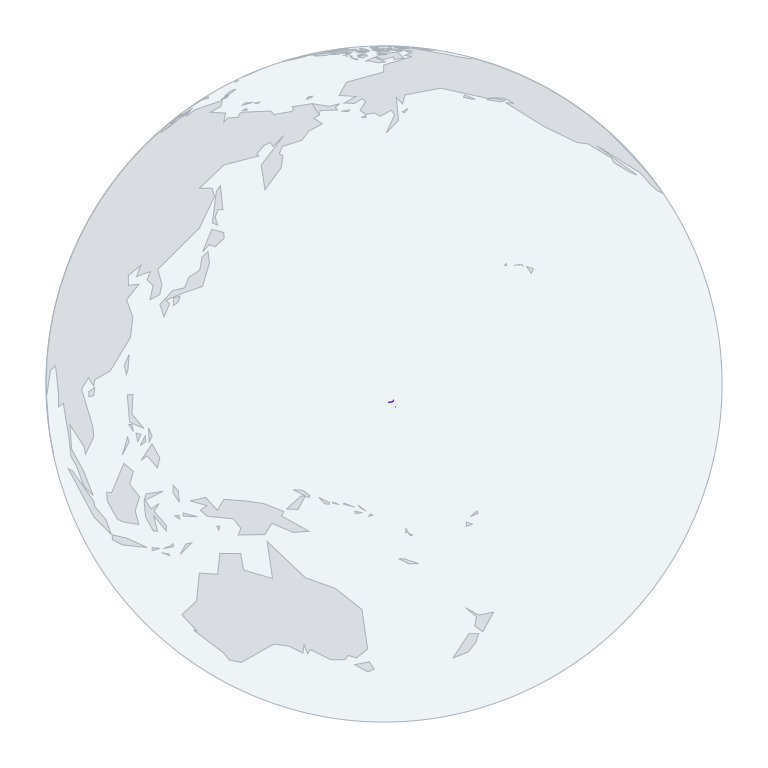 the Earth from above Ratak Chain, rotated 342°
{"feature_id": "MHL-4969", "entity_name": "Ratak Chain", "entity_type": "state/province", "adm_level": 1, "iso_a3": "MHL", "parent_name": "Marshall Islands", "parent_adm1": "", "projection": "orthographic", "projection_center": [171.288, 10.331], "detail": "fine", "context": "on_globe", "style": "filled", "palette": "violet", "viewbox_px": 768, "rotation_deg": 342, "n_neighbors": 0, "source": "natural_earth", "source_scale": "10m", "svg_char_len": 9375}
<svg xmlns="http://www.w3.org/2000/svg" viewBox="0 0 768 768"><g transform="rotate(342 384 384)"><circle cx="384" cy="384" r="338" fill="#eef3f6" stroke="#a8b0b8"/><path d="M433.2,533.6L433.5,535.9L433.1,536.1L433.2,533.6ZM708.3,289.1L703.7,284.5L699.4,277.3L693.0,262.4L660.0,223.1L689.2,263.5L682.5,257.7L671.0,244.4L670.1,239.2L652.5,218.9L642.0,213.8L616.2,189.0L586.5,153.9L594.4,157.2L586.3,149.4L576.0,145.3L571.2,144.7L529.5,120.2L493.2,115.6L488.3,123.4L484.2,115.4L479.3,137.7L463.8,145.9L477.3,131.3L475.6,125.9L463.1,128.2L458.6,123.3L450.0,122.0L445.8,116.4L454.0,109.5L451.4,106.0L442.7,108.0L433.0,104.5L446.2,101.9L430.6,95.7L441.5,85.4L480.1,87.2L482.3,80.6L511.9,81.2L505.3,78.0L512.4,77.6L507.4,74.1L514.3,76.3L504.4,71.8L499.0,70.6L492.8,68.5L489.4,66.7L497.6,68.7L500.5,69.9L501.2,69.6L506.7,71.6L502.0,69.6L512.4,72.9L497.2,67.1L501.3,67.7L509.5,70.7L515.0,73.6L547.8,91.2L557.9,97.0L566.5,101.2L569.0,101.2L590.4,116.4L610.5,133.2L629.2,151.5L646.5,171.2L662.2,192.2L676.3,214.4L676.4,214.8L684.0,229.9L696.3,256.3L703.5,273.9L703.2,273.1L708.3,289.1ZM558.2,324.3L556.0,316.6L561.7,320.4L558.2,324.3ZM551.6,312.7L553.0,315.1L551.3,313.3L551.6,312.7ZM548.4,311.9L550.7,312.5L548.2,312.6L548.4,311.9ZM544.2,311.8L546.4,311.5L546.2,311.8L544.2,311.8ZM537.2,309.2L535.4,308.3L537.3,307.2L537.2,309.2ZM569.7,145.4L576.3,145.8L587.2,151.8L582.3,151.8L569.7,145.4ZM548.2,135.8L550.0,134.0L558.8,141.3L555.1,140.0L548.2,135.8ZM485.7,130.8L491.9,129.4L487.5,132.5L485.7,130.8ZM449.5,122.9L449.2,125.0L444.9,123.5L449.5,122.9ZM534.5,81.5L532.8,80.6L535.8,82.1L534.5,81.5ZM531.3,80.1L536.0,82.4L535.2,82.1L532.3,80.7L531.3,80.1ZM434.4,113.9L427.6,111.4L436.0,112.6L434.4,113.9ZM525.8,77.3L533.1,81.4L531.5,81.0L519.4,75.4L525.8,77.3ZM424.5,109.1L407.8,104.2L405.6,108.1L402.4,95.2L417.7,103.1L428.4,103.7L423.1,105.8L424.5,109.1ZM498.8,71.1L504.3,72.3L502.9,73.2L498.8,71.1ZM499.4,72.4L503.7,80.2L493.7,78.3L494.3,75.7L484.0,75.4L477.0,70.5L481.1,69.6L488.9,71.6L480.3,68.4L499.4,72.4ZM403.2,89.4L400.4,87.6L405.0,88.3L403.2,89.4ZM490.3,67.8L492.0,69.2L483.5,67.6L478.5,64.4L482.8,65.9L490.3,67.8ZM484.7,78.0L477.5,76.7L469.9,72.2L466.1,71.2L476.0,70.3L484.7,78.0ZM483.0,65.4L476.1,63.0L477.0,62.3L488.0,66.3L483.0,65.4ZM483.5,68.6L479.2,67.8L479.9,67.1L483.5,68.6ZM476.2,59.5L478.5,60.6L474.3,59.7L476.2,59.5ZM473.5,62.2L473.2,62.5L471.8,62.5L467.6,60.9L473.5,62.2ZM470.0,67.5L468.3,66.2L465.5,67.6L459.7,64.8L467.4,64.9L461.6,63.7L459.8,63.0L468.1,64.0L470.0,67.5ZM459.0,59.4L466.8,59.5L463.5,57.3L467.2,57.9L471.9,61.4L459.0,59.4ZM463.6,61.9L461.6,60.4L467.2,61.5L472.0,63.3L463.6,61.9ZM453.0,63.2L459.9,67.3L458.0,67.2L453.0,63.2ZM457.0,58.4L455.2,58.5L456.1,58.1L457.0,58.4ZM453.0,61.3L455.7,62.6L453.4,62.4L453.0,61.3ZM449.2,57.8L451.7,57.7L455.1,58.7L449.2,57.8ZM450.0,59.2L446.3,58.7L454.8,59.1L451.6,59.7L450.0,59.2ZM450.4,60.9L449.9,61.3L449.6,60.4L450.4,60.9ZM435.1,54.4L444.9,54.8L452.4,56.9L441.7,56.1L435.1,54.4ZM275.9,63.8L276.0,63.8L267.5,67.0L270.0,66.2L275.1,64.5L261.0,70.6L263.5,69.8L269.1,67.4L277.7,64.7L287.4,62.5L281.9,64.7L277.7,65.7L260.7,71.9L250.3,75.3L249.1,76.1L256.9,73.8L277.6,66.1L284.9,64.3L275.2,67.7L279.3,66.3L281.3,66.2L278.2,68.4L288.9,64.8L317.8,64.3L314.6,69.7L302.7,71.9L317.2,77.4L312.5,85.4L317.7,82.8L328.1,85.2L329.7,82.6L332.9,81.7L360.4,89.3L362.7,93.7L380.3,96.3L383.0,95.3L382.3,92.0L402.4,95.2L405.6,108.1L399.5,109.5L405.7,117.5L390.7,120.2L381.2,126.8L361.1,126.6L355.3,132.8L358.5,135.4L353.0,146.6L330.8,162.5L334.9,137.9L365.5,116.7L351.8,123.8L350.8,119.1L343.4,120.1L334.0,126.0L335.5,128.4L299.5,126.2L268.9,140.8L281.0,144.7L280.8,153.3L256.6,178.7L204.3,205.0L203.5,221.1L198.3,229.7L187.5,231.7L194.8,219.0L190.9,211.6L196.7,204.8L181.8,205.4L189.5,195.8L174.2,202.0L171.5,211.2L181.8,213.4L165.2,224.3L165.8,242.9L157.2,261.4L127.6,287.0L110.2,290.5L107.3,296.1L104.9,286.8L94.8,295.4L93.9,334.5L91.6,344.6L78.5,358.5L79.4,350.8L72.8,325.9L66.7,349.0L71.4,374.3L72.9,400.1L67.0,388.8L66.1,366.0L63.9,356.5L68.1,335.9L73.1,303.1L67.4,305.2L71.3,293.1L77.3,265.2L71.1,267.8L59.1,291.9L51.7,322.7L51.3,324.7L56.4,301.1L63.1,278.0L71.5,255.5L81.4,233.5L92.9,212.4L105.9,192.1L120.2,172.8L135.9,154.6L152.9,137.5L171.0,121.7L190.2,107.2L210.4,94.1L231.5,82.4L253.4,72.4L275.9,63.8ZM502.9,67.7L506.2,69.0L503.9,68.2L499.2,66.5L502.9,67.7ZM517.5,73.6L520.2,74.8L514.4,72.2L517.5,73.6ZM500.8,66.9L498.0,65.9L491.9,64.3L495.6,67.3L486.0,64.7L478.2,62.1L475.9,61.0L482.8,62.8L474.7,60.1L483.0,62.0L477.6,60.1L484.5,61.4L500.8,66.9ZM451.2,52.8L448.6,52.4L454.3,54.0L451.5,53.8L446.7,52.6L447.2,53.4L436.2,51.2L433.9,51.2L420.7,49.5L412.7,47.9L410.7,48.2L400.6,47.6L393.0,46.7L402.1,47.1L387.1,46.2L395.3,46.3L393.1,46.2L394.6,46.2L423.0,48.3L451.2,52.8ZM431.3,53.8L419.8,50.8L418.7,49.6L442.1,53.1L445.7,53.4L460.7,56.7L462.0,58.5L457.6,57.3L453.7,56.6L454.8,56.3L450.9,56.1L444.7,54.7L440.0,54.3L437.6,53.2L431.3,53.8ZM361.0,46.9L364.1,46.7L358.7,47.1L351.4,47.7L351.1,47.7L361.0,46.9ZM349.5,47.8L350.1,47.8L344.8,48.4L345.1,48.3L349.5,47.8ZM355.2,47.5L349.6,48.1L359.0,47.1L355.2,47.5ZM120.3,475.7L127.1,479.5L127.1,481.0L120.3,475.7ZM112.9,468.0L120.2,471.1L112.1,470.9L112.9,468.0ZM123.2,472.3L130.7,472.0L133.9,470.7L133.7,473.7L123.2,472.3ZM108.2,466.3L85.6,456.2L77.7,448.2L78.8,443.4L91.7,451.1L108.2,466.3ZM78.2,442.9L67.1,421.1L57.6,366.9L60.9,370.4L71.9,406.6L71.0,411.0L77.7,427.2L78.2,442.9ZM108.2,427.6L107.4,441.8L94.2,435.1L88.7,430.3L84.7,409.7L86.9,401.1L91.2,403.4L112.1,379.1L118.5,389.7L111.1,400.8L116.7,415.8L108.2,427.6ZM51.1,326.1L48.2,346.8L48.0,348.4L51.1,326.1ZM123.7,360.1L113.1,370.8L123.7,355.2L123.7,360.1ZM131.8,344.6L130.9,351.8L128.7,343.7L131.8,344.6ZM104.2,305.4L99.4,304.9L100.8,300.0L107.8,297.9L104.2,305.4ZM150.7,277.3L145.0,291.1L142.0,295.3L142.7,286.0L150.7,277.3ZM305.7,57.8L299.8,57.6L291.9,59.2L281.9,62.1L293.5,58.5L305.6,56.0L305.7,57.8ZM316.8,62.9L325.6,61.3L323.6,62.8L321.3,63.4L316.8,62.9ZM320.8,61.3L328.1,58.0L334.3,57.8L327.3,60.3L320.8,61.3ZM336.6,51.1L335.2,50.8L339.6,50.1L336.6,51.1ZM387.6,647.7L397.0,650.6L391.6,658.0L381.2,664.9L365.2,665.8L387.6,647.7ZM279.6,652.8L269.5,641.9L284.2,643.7L286.3,652.2L279.6,652.8ZM395.5,642.2L400.0,633.9L392.4,622.0L403.0,633.2L417.6,634.8L401.4,650.2L395.5,642.2ZM198.9,597.3L162.3,604.7L151.6,598.7L148.4,590.2L126.8,559.2L129.8,560.8L120.5,541.1L138.7,532.3L150.0,506.8L167.0,513.6L175.6,494.4L195.3,501.0L193.1,517.5L217.9,534.6L224.2,497.7L249.4,544.0L274.3,563.2L293.3,591.6L286.6,630.9L273.2,636.0L266.0,631.1L261.7,634.2L248.3,629.8L231.8,613.7L227.9,616.7L227.5,607.0L223.8,614.7L212.7,604.0L198.9,597.3ZM343.9,554.7L349.4,556.6L361.3,565.4L352.2,562.8L343.9,554.7ZM419.9,540.8L424.6,544.7L418.1,544.9L419.9,540.8ZM433.1,536.1L425.2,536.8L433.2,533.6L433.1,536.1ZM360.9,533.2L364.5,536.2L362.7,536.9L360.9,533.2ZM358.5,532.0L360.2,528.1L361.2,532.4L358.5,532.0ZM328.7,505.1L331.1,503.3L332.7,505.3L328.7,505.1ZM137.5,483.1L146.2,474.9L152.0,475.7L137.5,483.1ZM323.7,499.7L316.7,498.2L317.0,496.0L323.7,499.7ZM323.2,494.4L321.9,491.0L327.6,499.4L323.2,494.4ZM309.0,484.9L318.1,492.1L308.2,485.5L309.0,484.9ZM304.3,484.9L298.3,481.3L298.6,480.4L304.3,484.9ZM245.8,477.8L267.1,500.8L252.0,497.2L234.3,481.9L224.1,490.4L198.7,482.5L203.3,477.0L199.0,465.6L175.1,455.3L170.2,447.2L178.0,444.8L163.4,435.3L179.2,436.7L186.5,452.6L195.9,444.2L213.7,451.4L232.5,460.4L249.3,474.4L245.8,477.8ZM181.0,467.6L183.9,468.4L181.7,471.9L181.0,467.6ZM286.9,471.6L295.6,479.9L294.9,481.5L290.8,479.7L286.9,471.6ZM252.8,472.8L270.1,465.0L274.6,466.2L263.4,476.8L252.8,472.8ZM265.1,456.6L273.9,460.0L279.1,467.5L277.4,468.9L265.1,456.6ZM148.4,445.5L148.0,449.2L144.2,445.0L148.4,445.5ZM153.2,444.6L165.2,452.4L152.3,447.6L153.2,444.6ZM121.0,420.7L123.9,430.8L133.1,428.2L126.1,434.2L133.3,451.5L131.5,456.5L124.2,437.9L123.1,454.1L119.2,452.4L116.2,437.1L119.7,420.9L123.7,415.0L140.8,417.8L121.0,420.7ZM152.8,433.4L149.8,421.8L152.2,415.4L155.3,422.0L152.8,433.4ZM142.5,393.6L136.5,379.1L129.6,381.5L144.9,369.2L148.0,385.1L142.5,393.6ZM139.6,365.1L133.0,367.2L140.8,359.6L139.6,365.1ZM132.1,362.6L132.9,354.1L137.3,356.8L132.1,362.6ZM142.8,366.6L146.5,352.9L147.4,362.0L142.8,366.6ZM134.9,335.0L141.9,352.0L130.3,341.7L136.5,315.0L142.0,316.3L134.9,335.0ZM207.9,244.4L210.2,237.2L217.1,237.6L213.5,242.4L207.9,244.4ZM241.5,235.1L219.7,235.5L202.6,237.0L204.8,241.5L195.6,252.1L195.4,239.2L212.0,229.8L223.9,230.9L231.5,222.2L243.9,218.8L250.2,207.1L257.5,203.7L255.4,214.9L241.5,235.1ZM252.5,202.1L268.1,183.7L278.3,190.4L277.1,195.9L265.7,201.3L261.0,197.4L252.5,202.1ZM274.9,181.5L270.5,177.8L284.2,148.9L289.7,144.8L284.6,168.7L280.2,166.8L275.0,173.1L274.9,181.5ZM398.2,89.0L400.2,87.7L400.8,89.7L398.2,89.0ZM333.6,80.3L338.1,79.4L338.7,81.2L333.6,80.3ZM351.0,78.2L347.2,76.7L353.5,77.4L351.0,78.2ZM338.4,73.7L346.8,75.6L335.5,75.2L338.4,73.7Z" fill="#d9dde1" stroke="#a8b0b8" stroke-width="1"/><path d="M384.6,403.0L384.0,403.1L383.9,403.2L383.7,403.2L382.7,402.8L382.5,402.7L382.6,402.8L383.6,403.2L383.9,403.2L384.0,403.1L384.6,403.0ZM386.7,403.8L386.3,403.6L386.2,403.6L385.9,403.6L385.7,403.4L385.8,403.4L385.8,403.5L386.3,403.5L386.6,403.7L386.7,403.8ZM388.3,409.2L388.2,409.2L387.9,409.1L388.0,409.2L388.3,409.2ZM386.6,408.9L386.6,409.0L386.6,408.9ZM387.0,403.3L386.9,403.4L386.9,403.5L387.0,403.3ZM387.6,403.0L387.7,402.9L387.7,403.0L387.6,403.0Z" fill="#8b5cf6" stroke="#5b21b6" stroke-width="1.5"/></g></svg>